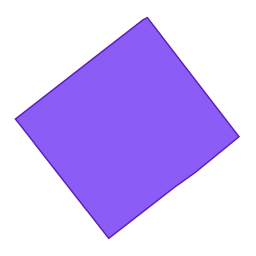 Montgomery, Kansas, United States of America (Albers equal-area conic projection), rotated 52°
{"feature_id": "52423323B48873576903419", "entity_name": "Montgomery", "entity_type": "district", "adm_level": 2, "iso_a3": "USA", "parent_name": "United States of America", "parent_adm1": "Kansas", "projection": "albers", "projection_center": [-95.74, 37.193], "detail": "fine", "context": "isolated", "style": "filled", "palette": "violet", "viewbox_px": 256, "rotation_deg": 52, "n_neighbors": 0, "source": "geoboundaries", "source_scale": "gbopen_adm2", "svg_char_len": 607}
<svg xmlns="http://www.w3.org/2000/svg" viewBox="0 0 256 256"><g transform="rotate(52 128 128)"><path d="M201.7,45.9L101.4,45.2L52.9,44.8L52.0,49.7L51.9,82.3L51.8,101.0L51.6,211.2L61.0,211.1L64.0,211.1L70.1,211.1L81.5,211.1L82.1,211.1L82.6,211.1L85.0,211.2L105.2,211.2L112.5,211.2L118.7,211.2L121.7,211.2L126.3,211.2L127.9,211.2L136.0,211.2L137.1,211.2L138.7,211.2L143.4,211.2L146.9,211.2L151.1,211.2L154.5,211.2L166.2,211.2L168.2,211.1L171.1,211.1L172.4,211.1L185.6,211.1L199.0,211.1L203.1,211.1L203.3,127.6L204.4,102.6L203.2,45.9L201.7,45.9Z" fill="#8b5cf6" stroke="#5b21b6" stroke-width="1.5"/></g></svg>